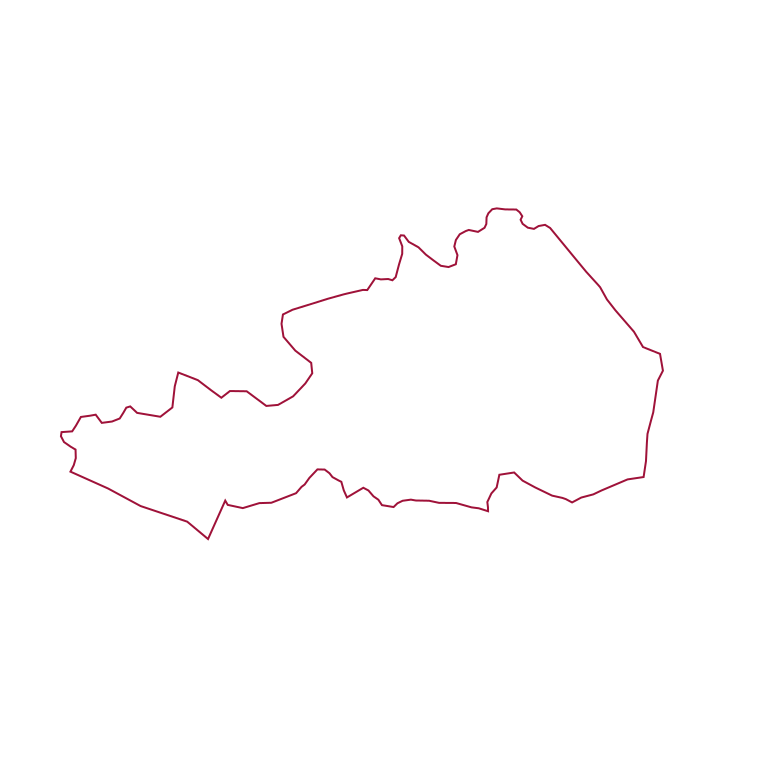 Sapele, Delta, Nigeria, rotated 294°
{"feature_id": "59680162B63156374952276", "entity_name": "Sapele", "entity_type": "district", "adm_level": 2, "iso_a3": "NGA", "parent_name": "Nigeria", "parent_adm1": "Delta", "projection": "natural_earth1", "projection_center": [5.624, 5.87], "detail": "fine", "context": "isolated", "style": "outline", "palette": "rose", "viewbox_px": 768, "rotation_deg": 294, "n_neighbors": 0, "source": "geoboundaries", "source_scale": "gbopen_adm2", "svg_char_len": 2074}
<svg xmlns="http://www.w3.org/2000/svg" viewBox="0 0 768 768"><g transform="rotate(294 384 384)"><path d="M310.1,530.8L313.7,529.1L318.2,526.4L327.7,526.6L335.3,529.0L348.0,526.3L356.1,538.9L352.1,549.9L351.0,564.2L350.4,583.0L352.5,593.3L352.8,597.0L352.3,604.0L360.5,610.4L368.3,620.1L375.3,626.1L395.9,645.3L404.6,659.0L420.1,654.7L437.4,648.0L445.6,645.0L459.1,642.8L467.6,641.5L498.5,632.8L509.6,633.4L523.8,623.9L523.1,605.6L533.4,591.1L545.4,565.5L551.9,553.3L560.3,542.1L561.5,539.6L568.7,523.2L577.0,506.5L594.1,472.3L594.9,466.4L591.2,461.0L586.7,457.9L585.3,451.8L586.7,445.5L589.6,442.0L593.5,442.1L596.1,438.1L597.2,433.9L592.8,423.7L590.3,415.6L587.7,411.8L582.4,409.9L578.0,409.9L571.8,412.4L567.6,412.3L561.2,408.0L559.2,398.8L557.0,396.5L551.6,392.3L544.8,391.1L538.2,392.3L531.6,398.7L522.6,400.9L517.1,395.4L515.1,387.8L517.0,379.1L519.2,369.7L522.9,359.9L523.9,348.8L527.8,341.9L526.7,338.9L523.4,338.5L517.2,344.7L510.3,347.7L499.3,349.1L486.4,351.2L482.2,349.5L481.6,345.1L478.3,338.6L477.0,333.0L463.0,330.5L461.4,326.5L451.8,313.7L449.4,310.6L439.0,298.0L425.0,282.1L414.6,270.2L406.4,263.4L397.3,265.9L386.2,273.0L378.4,289.4L373.7,308.9L364.6,314.1L352.5,311.9L335.8,306.0L321.8,295.7L316.1,285.4L321.5,261.5L314.9,246.1L305.3,241.0L308.1,228.0L311.8,212.4L310.8,191.4L296.8,193.8L276.5,200.2L263.1,193.0L257.2,170.2L260.3,161.3L257.6,158.2L251.8,157.6L245.0,156.6L239.1,150.8L233.7,142.0L238.7,133.1L235.5,128.4L230.6,120.5L220.6,119.5L213.9,118.4L208.9,109.0L204.9,110.1L200.8,115.3L199.3,123.2L198.6,128.9L190.9,132.6L183.7,133.6L176.4,133.2L176.3,174.4L173.5,211.3L178.2,260.2L170.8,286.3L212.9,286.4L210.0,290.4L213.2,305.5L224.5,318.6L229.7,329.4L248.5,348.1L256.5,350.5L259.9,352.4L267.8,354.0L278.9,357.9L281.7,364.6L280.3,370.5L278.0,374.8L277.4,381.8L277.3,384.8L270.5,390.5L265.3,396.3L280.8,407.3L280.4,413.1L277.1,420.1L276.0,425.9L272.5,431.4L275.5,442.8L280.5,444.8L284.9,448.5L289.3,455.6L290.5,460.4L295.7,472.7L297.8,482.6L304.6,498.2L306.9,514.1L309.0,521.1L310.1,530.8Z" fill="none" stroke="#9f1239" stroke-width="2"/></g></svg>